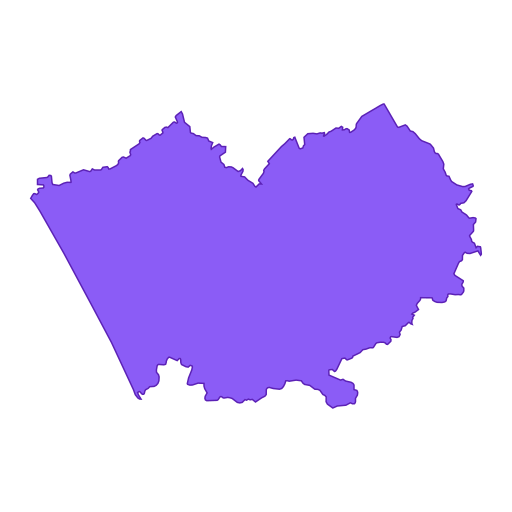 the Territory of Altay
{"feature_id": "RUS-2399", "entity_name": "Altay", "entity_type": "Territory", "adm_level": 1, "iso_a3": "RUS", "parent_name": "Russia", "parent_adm1": "", "projection": "mercator", "projection_center": [83.175, 52.561], "detail": "fine", "context": "isolated", "style": "filled", "palette": "violet", "viewbox_px": 512, "rotation_deg": 0, "n_neighbors": 0, "source": "natural_earth", "source_scale": "10m", "svg_char_len": 6086}
<svg xmlns="http://www.w3.org/2000/svg" viewBox="0 0 512 512"><path d="M91.0,303.9L63.9,253.3L39.9,211.1L34.7,202.8L30.7,198.4L32.4,195.4L33.7,193.7L34.7,193.6L36.7,194.5L38.0,193.4L38.7,192.3L38.5,191.5L37.6,189.8L38.0,189.0L39.4,188.3L43.2,188.0L43.8,187.3L43.9,186.0L43.4,184.9L37.5,184.5L37.5,179.3L39.3,178.3L46.9,177.5L47.7,177.1L49.1,175.3L50.8,175.5L51.4,176.2L52.0,182.6L52.8,184.5L59.1,185.5L63.7,183.2L67.1,182.3L70.9,182.4L71.1,182.1L70.9,180.4L69.9,175.2L70.3,174.1L72.9,171.9L74.7,173.0L75.8,173.0L83.5,169.8L89.8,171.6L90.9,171.0L92.3,168.9L94.5,170.0L100.7,170.0L101.5,169.4L102.9,167.3L107.3,166.7L108.1,167.5L108.7,169.0L110.1,168.9L116.3,165.7L117.8,164.5L118.6,163.0L118.4,161.4L118.6,160.7L122.1,157.3L123.5,157.0L126.1,158.2L130.3,155.6L130.7,154.7L129.9,152.1L130.5,150.9L130.3,150.1L130.5,149.5L139.0,143.9L139.9,142.6L139.5,141.1L139.8,140.4L143.0,137.9L144.1,138.3L146.0,140.3L146.7,140.5L151.1,138.3L152.7,136.2L157.1,133.6L157.9,133.7L159.4,135.1L160.3,135.1L162.9,132.9L162.8,132.0L162.0,130.1L162.4,129.5L164.9,127.4L166.5,127.1L167.9,127.6L173.4,122.2L174.6,122.0L176.4,123.2L177.1,123.0L177.5,122.3L177.4,121.8L175.3,117.0L176.2,115.5L181.2,111.6L182.5,114.0L184.5,122.3L189.8,126.6L190.4,132.4L191.1,133.1L193.4,133.6L196.0,135.6L199.3,135.8L201.9,137.3L205.5,137.5L207.5,138.1L208.8,141.0L212.7,142.6L211.4,145.9L211.1,148.6L211.3,149.3L213.9,147.1L219.0,144.1L220.2,144.9L221.4,146.5L225.7,146.6L225.4,152.2L219.9,155.9L219.6,157.0L221.0,162.1L223.9,164.5L224.8,167.3L226.6,167.6L228.4,166.8L231.2,166.9L233.0,167.7L238.1,171.5L240.4,170.7L242.5,168.5L243.1,169.6L242.9,171.4L241.2,174.6L240.9,175.5L241.0,176.3L244.6,176.9L247.8,180.2L252.9,183.3L254.9,186.4L256.0,187.0L259.2,183.9L261.5,184.0L258.7,180.7L258.7,180.0L259.1,179.1L263.4,173.3L264.0,171.5L263.7,170.4L264.5,168.9L269.3,163.7L267.8,161.3L281.5,146.5L284.7,143.8L289.7,138.7L290.5,138.9L291.2,139.8L292.4,140.0L293.2,139.4L293.8,137.6L294.8,137.2L299.1,148.1L300.1,148.8L302.8,148.0L303.5,145.8L304.7,144.6L304.0,137.3L307.8,133.7L313.1,133.3L316.9,133.9L320.2,132.9L322.0,133.2L324.3,132.6L324.6,133.3L323.6,135.7L323.6,136.1L324.0,136.2L326.9,134.2L329.0,132.0L331.0,131.3L336.0,128.0L338.7,128.3L341.3,126.4L342.7,127.3L342.4,129.9L344.3,129.8L346.1,128.7L347.2,128.7L349.2,130.0L349.6,132.4L350.5,132.4L354.0,130.1L355.6,128.4L356.1,127.1L356.3,124.4L356.6,123.6L361.8,116.4L380.3,105.5L383.3,104.0L384.1,104.0L397.3,126.7L398.0,127.3L398.9,127.3L405.3,124.9L407.0,126.1L410.3,131.0L412.9,131.6L415.3,133.7L419.4,138.8L421.7,140.7L430.0,144.0L431.0,145.0L433.5,148.1L434.3,151.4L434.9,152.7L436.0,153.5L437.3,153.5L438.4,154.1L442.8,161.5L443.8,164.2L443.3,168.8L445.2,172.3L446.2,175.3L446.8,175.9L449.0,176.3L450.6,179.9L451.6,181.5L456.8,184.9L462.7,186.6L465.1,186.5L470.3,184.3L472.6,183.9L473.2,185.6L473.0,186.4L469.1,188.3L468.6,188.9L469.3,190.3L471.4,190.7L471.8,191.4L466.0,200.8L463.9,202.8L460.6,203.4L460.0,204.4L459.0,205.0L457.1,204.0L456.4,204.2L456.3,204.6L457.9,208.6L460.7,209.8L461.9,212.0L466.5,215.0L468.8,217.8L469.6,218.2L473.1,217.6L475.3,218.0L476.0,218.6L475.6,222.0L473.4,224.5L473.6,230.3L473.4,231.3L469.6,235.5L469.6,236.1L471.4,239.5L471.7,241.3L472.4,242.1L474.4,243.2L476.1,247.7L477.5,246.3L480.4,246.8L480.7,247.9L481.3,253.5L481.3,254.3L480.6,255.3L477.9,250.9L470.0,253.5L467.1,253.3L465.1,252.2L464.1,253.0L462.5,255.4L462.4,259.7L461.5,260.8L459.5,261.6L458.5,263.2L453.9,273.7L454.9,275.4L463.3,280.8L463.2,281.9L461.9,284.2L461.8,285.1L462.2,286.3L463.8,288.1L463.8,290.9L463.4,292.0L461.5,294.5L460.5,294.8L458.4,294.5L455.1,294.7L450.5,293.9L448.3,294.0L447.7,294.9L447.9,296.5L446.7,298.0L446.1,300.8L444.8,301.9L442.0,302.5L437.1,302.3L435.0,301.6L433.0,300.4L432.6,299.7L432.3,298.1L431.5,297.8L420.6,297.7L420.5,299.2L419.9,300.4L417.4,303.2L416.6,304.6L416.4,305.5L418.5,309.5L415.1,312.1L412.8,313.1L411.9,314.1L414.3,315.2L412.6,317.3L413.0,318.4L411.9,320.5L411.8,323.3L412.2,324.3L410.6,323.7L409.3,322.4L408.6,322.4L405.3,325.7L402.2,326.5L401.1,330.1L399.6,331.9L399.5,332.6L400.1,334.5L399.0,336.7L397.0,337.4L391.5,336.6L390.6,336.9L390.1,338.0L391.0,339.7L390.8,341.3L387.6,344.4L386.4,344.2L385.3,343.0L383.8,342.3L380.4,342.2L376.8,342.8L375.9,343.5L373.4,347.4L372.8,347.8L369.9,347.7L366.0,349.1L362.8,349.7L360.1,352.6L352.9,356.1L352.6,357.4L351.9,358.1L347.4,359.9L346.7,359.8L344.9,358.1L341.9,358.6L336.8,369.3L335.5,371.1L334.5,371.5L332.3,369.5L329.2,369.8L328.8,370.6L329.0,375.1L340.6,380.1L343.0,379.3L345.5,381.0L351.1,382.3L352.8,383.3L353.5,384.1L354.0,385.1L354.0,389.6L356.8,390.4L357.4,391.4L357.7,392.7L357.4,395.1L355.5,398.3L355.5,401.6L355.2,402.7L354.5,403.7L352.5,403.8L350.4,402.8L345.9,405.2L337.3,406.0L332.8,408.0L327.4,404.1L326.1,401.7L326.2,396.9L324.8,395.4L322.9,394.5L319.9,390.3L317.9,389.4L314.8,389.2L309.8,385.4L304.5,384.4L302.8,383.0L301.4,380.8L296.1,380.1L289.2,381.2L287.2,380.7L285.8,380.8L284.8,383.9L283.4,386.6L281.7,388.5L279.5,389.2L273.2,388.5L269.3,387.4L267.5,387.8L266.3,389.3L266.2,394.6L264.9,396.2L261.7,397.8L255.5,402.0L252.3,399.4L250.1,399.8L248.4,399.1L246.5,400.2L245.0,399.6L242.2,402.4L239.8,402.9L237.3,402.4L232.2,398.5L230.1,397.8L227.7,397.4L224.2,398.0L223.2,397.9L221.4,396.6L220.4,396.6L219.6,397.4L218.2,399.6L217.1,400.3L206.8,400.7L205.4,399.9L204.9,398.3L205.2,396.3L207.1,392.9L204.7,388.6L204.0,386.1L204.0,383.4L198.1,383.1L192.4,385.0L189.8,385.1L187.6,384.3L187.3,383.6L188.6,377.9L191.8,369.9L192.4,367.0L192.1,366.0L190.2,365.3L188.2,367.1L185.9,366.7L181.7,364.6L181.2,363.8L180.8,362.3L180.7,359.6L180.3,358.6L179.2,358.5L177.2,360.6L169.6,357.2L168.7,357.3L167.2,359.0L166.3,361.2L166.2,362.4L165.6,364.3L163.8,364.8L158.5,364.4L157.7,364.9L157.1,365.9L156.4,369.9L156.5,372.3L158.5,374.7L159.1,376.9L158.9,380.8L157.9,383.4L156.2,385.3L154.1,386.4L149.7,386.7L148.1,388.4L145.6,389.7L144.9,390.9L144.3,393.4L143.7,394.2L142.6,394.3L141.7,393.8L140.1,391.9L139.2,391.5L137.6,392.5L138.4,394.8L141.0,399.1L139.5,399.0L137.9,398.0L135.3,394.7L133.4,389.5L111.5,342.5L91.0,303.9Z" fill="#8b5cf6" stroke="#5b21b6" stroke-width="1.5"/></svg>